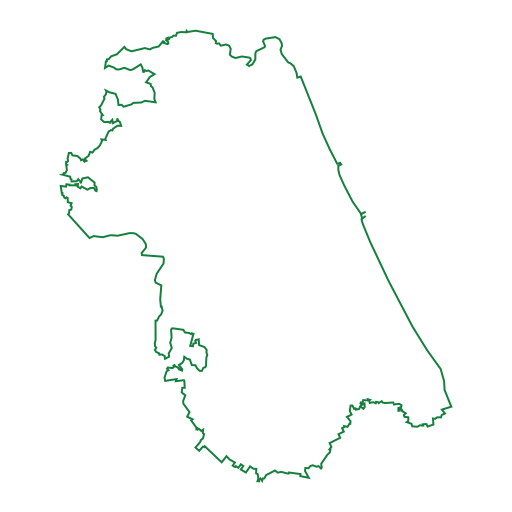 outline of Tuxpan, Veracruz, Mexico
{"feature_id": "50627088B36827584115772", "entity_name": "Tuxpan", "entity_type": "district", "adm_level": 2, "iso_a3": "MEX", "parent_name": "Mexico", "parent_adm1": "Veracruz", "projection": "albers", "projection_center": [-97.453, 20.934], "detail": "fine", "context": "isolated", "style": "outline", "palette": "green", "viewbox_px": 512, "rotation_deg": 0, "n_neighbors": 0, "source": "geoboundaries", "source_scale": "gbopen_adm2", "svg_char_len": 5945}
<svg xmlns="http://www.w3.org/2000/svg" viewBox="0 0 512 512"><path d="M451.3,406.7L444.6,390.0L444.1,381.2L440.7,369.1L427.0,350.0L412.5,326.6L388.5,280.8L370.2,242.0L362.7,223.7L361.5,219.2L365.7,216.0L362.2,218.5L361.0,214.4L365.6,211.7L361.3,214.0L360.8,213.5L352.6,201.6L344.2,185.4L339.6,175.2L338.4,170.5L338.3,165.8L341.2,164.5L340.0,162.8L337.2,163.8L329.5,148.7L322.7,133.8L315.7,114.1L300.7,76.5L297.3,77.6L296.6,73.1L293.8,66.2L290.3,63.2L288.2,62.4L281.8,54.1L280.5,49.8L282.0,45.9L281.7,43.3L279.5,39.2L275.4,37.1L265.8,38.6L263.6,39.7L263.1,41.4L265.0,45.8L264.6,47.2L256.3,51.2L255.4,53.1L255.3,59.5L252.4,64.4L249.1,66.0L246.9,64.6L250.9,60.2L250.5,58.4L249.3,57.6L241.9,56.5L235.5,58.0L231.7,56.5L229.9,54.7L230.7,48.8L229.2,45.7L225.9,44.5L220.9,45.7L219.0,43.4L217.0,43.7L215.7,42.9L216.0,41.0L213.1,38.2L212.7,33.9L195.6,30.7L187.5,32.0L186.6,30.9L186.2,32.3L181.4,32.0L177.0,32.8L176.0,35.7L173.4,35.7L172.4,36.8L169.6,37.7L168.9,39.3L167.4,39.4L167.5,37.9L166.3,38.6L166.2,40.4L167.9,41.5L168.4,43.2L167.6,44.1L163.7,42.9L163.9,41.6L163.0,41.2L158.7,46.5L152.6,47.9L149.9,49.4L144.8,48.1L131.5,51.3L126.2,49.2L124.4,46.9L116.9,54.3L111.2,56.3L108.6,59.2L107.0,59.4L106.8,61.3L105.9,61.4L105.0,68.0L108.7,65.6L114.2,67.7L116.1,69.3L119.1,69.5L124.3,67.8L130.3,70.1L133.0,69.3L140.7,64.4L142.4,67.5L143.2,71.9L144.0,71.9L144.9,70.2L146.5,71.0L148.3,70.5L154.5,74.1L149.9,77.0L146.1,82.3L150.6,83.9L151.0,86.3L152.6,87.4L154.7,93.0L154.3,98.9L155.6,102.3L145.0,100.8L141.4,102.5L133.2,102.9L131.7,104.3L123.5,106.7L121.6,104.8L118.5,105.0L117.9,99.5L115.5,93.8L109.4,92.3L105.9,90.5L106.5,91.9L105.9,94.3L103.9,96.8L104.5,98.6L101.2,105.2L99.2,107.3L100.5,109.5L100.0,111.1L102.7,115.1L101.6,115.2L101.1,119.4L104.2,122.1L108.5,121.9L109.5,122.7L110.5,122.7L110.5,121.7L112.3,119.8L113.0,123.1L116.9,121.1L117.4,118.4L118.1,120.6L120.0,122.1L121.1,125.9L117.4,125.7L113.0,128.8L112.4,130.4L110.9,130.1L108.6,131.6L105.2,139.1L105.6,139.9L101.4,139.4L102.0,141.0L99.8,145.6L97.3,148.2L94.6,149.6L92.5,152.6L90.2,151.8L88.5,156.0L85.2,158.3L84.8,159.2L86.5,160.8L84.4,161.7L82.9,159.4L81.1,160.3L80.5,158.7L77.4,156.0L72.5,155.4L71.2,152.9L68.9,153.0L67.6,158.6L68.1,160.9L67.1,162.1L66.2,161.9L66.0,164.2L67.2,165.0L66.3,165.7L66.9,170.0L65.6,172.8L63.8,173.1L63.6,174.2L62.3,174.6L70.2,176.7L70.5,178.8L71.5,179.3L71.5,181.4L76.6,181.3L78.3,179.2L80.9,182.5L82.4,178.5L88.0,177.3L94.6,182.6L94.5,185.3L96.2,186.8L96.8,189.1L96.5,191.1L95.5,190.8L93.9,187.9L90.2,188.1L87.5,189.7L81.6,186.5L80.4,188.3L77.6,186.6L78.0,184.0L75.3,184.3L75.6,185.4L69.4,185.3L69.4,184.6L66.4,184.3L66.1,186.6L60.7,186.0L61.8,193.2L62.4,193.1L62.3,195.1L63.7,195.6L64.1,197.4L65.4,198.3L66.5,197.3L67.7,198.0L67.8,202.2L71.6,203.2L70.6,205.7L71.8,206.9L71.2,209.6L69.2,210.2L69.2,213.0L68.1,214.3L89.5,238.0L93.6,236.1L102.8,237.2L110.6,235.2L117.7,235.7L129.6,233.1L133.4,233.2L135.8,233.8L142.5,238.9L145.8,244.0L146.1,247.4L141.6,253.2L142.0,255.1L163.0,256.7L163.9,258.8L163.5,263.6L156.7,273.7L154.9,280.1L155.7,282.7L161.3,285.4L160.2,299.5L160.9,306.6L161.6,306.5L162.6,310.6L161.2,314.3L159.1,316.5L157.0,320.7L155.5,320.7L155.6,339.7L154.8,343.4L155.0,346.2L156.3,347.8L154.9,349.9L156.1,351.9L159.2,353.4L159.3,354.7L162.0,354.5L164.6,356.0L165.0,358.8L169.1,356.7L168.7,353.5L171.8,348.0L170.2,342.7L171.6,337.8L171.1,329.9L171.7,328.5L173.5,328.4L183.3,329.8L185.0,332.5L189.2,333.0L191.1,334.1L191.6,333.3L193.5,333.8L190.2,345.9L192.9,346.3L193.3,343.7L196.1,342.9L195.2,340.8L195.8,340.0L198.7,339.3L199.1,345.1L204.6,347.1L206.7,350.0L206.4,352.2L207.3,355.1L206.4,357.2L206.0,365.5L205.4,367.2L203.3,367.8L201.9,370.9L199.7,370.9L197.1,368.4L195.5,365.3L191.8,365.0L189.8,359.5L186.8,358.7L184.3,356.8L183.8,360.4L182.3,362.8L178.9,365.0L182.3,369.3L182.0,370.6L179.0,369.4L178.7,368.9L179.5,369.1L178.1,367.6L175.2,366.3L174.5,365.1L173.4,365.7L173.8,367.0L172.5,368.1L167.8,367.5L167.1,368.7L168.5,370.2L166.6,371.3L164.5,377.6L165.2,380.9L176.6,379.1L175.9,381.2L183.9,380.2L184.4,381.1L184.7,387.8L182.3,387.8L181.7,392.5L185.3,395.3L183.1,401.2L183.4,403.7L189.5,412.1L187.2,416.7L192.6,419.3L191.2,420.5L196.3,427.5L196.4,429.0L197.5,428.3L197.7,429.6L199.2,429.0L201.2,430.9L203.1,429.7L202.8,433.0L204.1,434.1L202.9,438.5L200.8,440.1L200.3,441.9L195.5,447.5L199.2,450.8L202.9,446.6L204.4,447.1L204.8,446.3L221.7,462.3L226.5,456.2L229.7,459.6L234.9,462.5L232.7,465.6L234.3,466.7L235.4,467.0L235.9,466.2L238.3,467.8L240.9,464.3L243.3,466.0L240.8,469.5L245.9,472.5L250.1,466.4L253.3,468.7L256.3,468.9L256.1,473.4L257.7,474.1L258.4,478.5L257.5,481.2L259.1,481.3L258.9,480.2L260.4,478.5L262.1,480.8L262.8,478.5L264.3,478.4L266.1,475.1L275.0,470.5L277.6,472.6L281.4,471.9L287.0,473.4L288.7,473.5L289.0,472.5L300.5,474.1L300.3,476.1L308.8,477.8L305.0,470.9L305.4,468.0L308.5,468.2L310.4,466.0L312.8,465.3L316.6,466.7L318.5,466.1L321.0,468.5L321.7,467.7L321.2,463.8L327.4,454.7L329.8,452.5L330.4,449.6L329.4,449.4L331.4,446.9L329.6,443.1L340.2,437.8L338.5,434.2L343.8,431.6L342.1,428.1L344.7,426.8L344.4,426.2L347.6,426.8L349.4,423.7L350.3,423.8L350.5,421.2L346.9,416.9L351.6,414.6L349.8,411.1L350.6,405.5L352.4,405.5L354.1,408.9L355.1,408.3L356.1,408.7L356.0,409.6L359.1,409.0L360.3,406.3L363.5,408.8L364.7,407.1L364.5,403.6L361.1,405.2L361.6,404.1L360.5,403.4L360.8,402.4L362.7,402.8L363.2,400.1L368.5,400.5L368.0,399.3L370.0,399.9L369.1,400.6L369.8,402.9L373.4,402.2L375.7,403.3L376.1,401.8L378.1,402.2L378.6,403.1L381.7,401.2L382.8,402.6L385.1,403.0L393.3,402.5L394.0,404.5L399.2,403.8L401.5,405.2L401.1,407.1L398.4,408.0L398.4,410.8L399.8,410.6L399.8,408.8L400.5,408.1L402.2,410.2L402.0,411.0L405.7,413.3L403.8,415.1L404.5,416.8L408.3,417.3L408.3,420.9L406.7,422.1L411.4,423.7L412.3,426.4L417.6,426.7L419.8,425.3L423.1,425.6L422.8,424.3L426.5,424.1L427.6,426.6L433.4,424.5L433.0,418.5L435.1,418.8L437.2,417.3L440.9,417.4L441.8,414.9L445.0,413.5L441.9,409.6L451.3,406.7Z" fill="none" stroke="#15803d" stroke-width="2"/></svg>